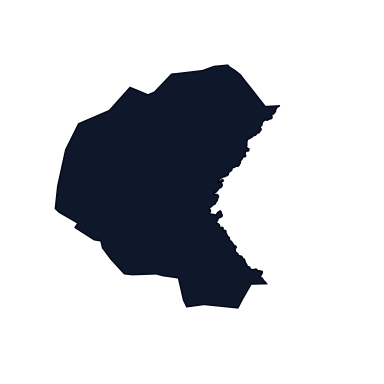 Saixan, Bulgan, Mongolia, rotated 325°
{"feature_id": "93677404B96562605257028", "entity_name": "Saixan", "entity_type": "district", "adm_level": 2, "iso_a3": "MNG", "parent_name": "Mongolia", "parent_adm1": "Bulgan", "projection": "robinson", "projection_center": [102.704, 48.597], "detail": "fine", "context": "isolated", "style": "filled", "palette": "ink", "viewbox_px": 384, "rotation_deg": 325, "n_neighbors": 0, "source": "geoboundaries", "source_scale": "gbopen_adm2", "svg_char_len": 6016}
<svg xmlns="http://www.w3.org/2000/svg" viewBox="0 0 384 384"><g transform="rotate(325 192 192)"><path d="M70.6,127.2L71.6,132.4L80.8,152.1L75.9,154.0L84.5,175.0L89.4,179.8L86.7,186.5L87.1,200.3L89.7,220.1L90.9,221.2L95.6,225.4L115.9,238.6L120.1,243.7L131.7,254.6L123.1,275.6L121.9,283.0L137.4,291.0L163.1,313.2L171.8,308.7L187.6,301.3L200.4,309.8L200.3,307.5L200.1,306.4L199.6,305.6L199.6,305.4L200.0,304.6L200.0,304.1L199.8,303.5L200.0,303.0L199.9,302.8L199.5,301.6L199.4,301.1L199.5,300.7L199.6,300.4L199.9,300.2L200.3,299.9L201.8,299.3L203.4,298.3L203.8,297.8L203.9,297.4L203.7,297.0L202.9,296.4L202.4,295.5L202.1,295.3L200.7,294.3L200.6,294.1L200.6,293.8L200.6,292.7L200.5,292.3L200.4,292.1L199.9,291.6L199.5,291.5L197.9,290.9L197.1,290.4L196.6,290.1L196.1,289.3L195.5,288.0L196.1,287.0L196.1,286.6L195.8,286.1L194.7,284.8L194.6,284.6L194.6,284.1L194.9,283.4L195.2,283.0L195.1,280.9L195.4,280.5L195.5,279.6L195.9,278.9L195.9,278.7L195.6,277.8L195.7,277.6L196.2,277.3L196.3,277.1L196.3,276.9L196.2,276.8L196.0,276.6L195.6,276.5L195.3,276.3L195.3,276.2L195.4,275.6L195.6,275.3L195.6,274.8L195.8,274.3L195.6,273.1L195.5,272.8L195.0,272.5L194.7,271.8L193.9,271.1L193.5,270.6L193.5,270.3L194.0,269.4L194.1,269.2L194.1,268.9L193.8,268.3L193.8,267.4L193.4,267.0L193.4,266.0L193.7,265.1L194.3,264.0L194.7,263.5L195.2,263.1L196.4,262.8L196.6,262.7L196.7,262.2L196.6,261.5L196.7,261.3L196.7,261.2L196.3,261.0L195.7,261.3L195.7,261.2L195.9,260.8L195.8,258.3L195.8,257.1L195.9,256.6L195.8,255.1L195.7,254.7L195.3,253.8L195.2,253.5L195.3,253.2L195.4,252.7L195.7,252.1L195.9,251.6L196.0,251.3L196.2,251.1L196.4,250.7L196.3,250.2L196.2,249.9L195.4,249.3L195.3,248.9L195.4,248.7L195.6,248.6L195.8,248.3L196.0,247.5L196.0,247.2L196.2,246.4L196.2,246.1L196.2,245.2L196.1,244.7L196.2,244.3L196.3,244.1L196.5,244.0L196.7,243.9L196.8,244.0L196.8,244.3L197.0,244.3L197.1,243.6L197.3,243.1L197.3,242.8L197.3,242.5L197.2,242.4L196.8,242.2L195.8,242.1L195.6,242.0L195.5,241.7L195.5,241.3L195.6,241.1L196.1,240.3L196.5,239.8L196.8,239.5L196.8,239.1L196.6,238.4L196.4,238.2L196.0,238.1L194.6,238.0L194.4,237.9L194.4,237.7L194.4,237.1L194.9,236.4L195.1,235.9L195.5,234.4L195.4,234.1L195.3,233.7L195.3,233.2L195.2,233.0L194.7,232.5L194.6,232.3L194.6,231.9L194.6,231.5L194.9,230.7L195.2,230.4L196.8,229.8L197.6,229.2L198.2,228.8L198.9,228.7L199.5,228.7L200.6,228.9L201.8,229.3L202.3,229.2L202.6,229.1L202.9,228.9L203.6,228.1L203.7,227.8L203.6,226.5L203.7,226.3L204.1,225.8L204.2,225.4L204.4,224.7L204.5,224.3L204.4,224.0L204.2,223.7L203.7,223.5L202.6,223.6L201.5,223.6L201.0,223.6L200.3,224.0L199.0,224.5L198.8,224.6L198.4,224.6L198.1,224.4L197.7,224.1L197.5,223.9L197.4,223.4L195.6,221.7L194.6,221.1L194.3,220.9L194.2,220.4L194.3,219.7L194.7,219.2L195.6,218.7L196.2,218.2L196.5,217.7L196.7,217.1L196.7,216.8L196.5,216.0L196.7,215.5L196.9,215.3L197.1,215.1L197.4,215.0L197.9,214.9L198.2,214.9L199.3,215.1L199.7,215.1L200.7,214.7L201.5,214.6L202.4,214.7L202.9,215.0L203.7,215.0L204.2,214.9L205.3,214.3L207.5,213.5L207.9,213.3L209.4,212.0L211.1,210.9L211.4,210.3L211.4,209.3L211.2,208.7L211.0,208.4L209.7,207.7L209.2,207.1L209.0,206.9L208.7,206.9L208.6,206.7L208.5,206.4L208.6,206.1L208.7,205.8L209.0,205.4L209.5,205.1L210.0,205.1L211.3,205.3L211.1,205.5L210.1,205.7L210.4,205.8L211.3,205.8L212.3,205.7L213.3,205.4L214.6,205.0L215.3,204.7L215.8,204.5L216.7,204.5L217.1,204.6L217.4,204.7L218.9,204.8L219.2,204.5L220.2,204.2L220.5,204.0L220.9,203.5L221.0,203.0L221.1,202.6L221.1,201.7L221.2,201.4L221.6,201.0L222.1,200.8L222.6,200.7L223.9,200.9L224.1,200.8L224.2,200.5L224.3,200.2L224.2,200.0L223.8,199.4L223.5,199.2L223.2,199.2L222.4,199.2L221.7,199.4L221.0,199.5L220.4,199.2L219.1,199.2L218.9,199.1L218.9,198.9L218.9,198.7L219.1,198.5L222.4,197.1L223.3,197.1L224.1,197.3L224.7,197.5L225.0,197.5L225.5,197.5L225.8,197.3L226.8,197.7L227.5,198.2L228.4,198.1L229.6,198.6L230.5,198.7L231.1,198.6L231.7,198.5L232.1,198.2L233.1,197.2L233.9,196.9L235.2,197.0L236.1,197.0L236.8,196.9L237.5,196.5L238.0,196.1L238.3,195.6L238.5,195.4L238.9,195.1L239.1,195.0L239.7,195.6L240.1,195.8L240.5,196.0L241.0,196.1L241.6,196.0L242.5,196.1L243.0,196.2L243.9,197.0L244.1,197.2L245.4,197.2L246.0,197.0L246.6,196.6L248.0,196.0L248.5,195.7L248.8,195.4L249.0,194.6L249.5,194.1L249.8,194.0L250.2,194.0L250.5,194.1L250.8,194.1L251.3,193.8L252.0,193.6L252.8,193.2L253.2,192.8L253.5,192.7L254.0,192.6L254.3,192.7L255.7,193.5L256.4,193.5L256.7,193.3L256.8,192.6L257.1,191.9L257.2,191.1L257.4,191.0L258.4,190.4L258.6,190.1L259.0,189.7L259.7,189.2L259.9,189.2L260.3,189.6L260.3,189.8L260.6,190.1L261.5,190.6L262.2,190.6L262.5,190.4L263.3,189.3L263.3,189.1L262.7,188.5L262.6,188.3L262.6,187.7L262.4,187.4L262.5,186.8L262.3,186.2L262.4,185.8L262.6,185.6L262.8,185.5L263.5,185.4L263.7,185.2L264.2,184.5L264.3,184.0L264.7,183.6L265.2,183.2L265.5,182.7L265.9,182.0L267.1,181.2L267.5,181.0L268.2,180.8L268.6,180.8L270.0,181.3L271.6,181.2L272.3,181.3L273.0,181.4L273.7,181.2L274.5,181.1L275.4,181.4L276.2,181.7L276.8,181.8L278.6,181.3L279.5,181.2L279.7,181.3L280.3,181.7L280.9,181.8L281.4,181.7L282.3,181.1L282.6,181.0L283.5,181.0L283.9,180.9L284.5,180.3L284.8,179.8L284.8,179.6L284.5,179.0L284.6,178.8L284.9,178.2L285.1,177.9L285.6,177.7L287.0,177.4L287.5,177.2L287.9,177.1L288.7,176.1L289.1,175.3L289.4,175.1L290.1,175.1L290.6,175.1L292.0,174.8L293.1,174.8L293.3,174.9L294.5,176.1L294.7,176.3L295.2,176.4L295.5,176.4L296.8,176.5L298.9,177.3L299.7,177.3L300.0,177.1L300.7,176.3L300.9,175.8L301.0,175.1L301.1,174.8L301.7,174.5L302.5,174.5L303.2,174.7L303.6,174.7L304.9,174.5L306.4,173.9L307.0,173.4L307.5,172.8L308.2,172.3L309.8,171.6L310.4,171.5L311.4,171.5L311.8,171.5L313.4,171.8L301.0,164.1L300.4,154.3L300.1,147.8L299.7,140.3L299.3,134.8L299.1,130.4L298.8,123.7L296.6,116.4L294.6,111.9L294.6,111.3L294.1,110.5L294.1,110.3L294.2,109.8L294.2,109.1L293.8,108.4L293.5,108.3L282.0,101.8L270.3,98.7L248.0,86.7L242.9,83.8L218.6,88.7L211.6,87.2L201.2,70.8L171.0,77.9L138.3,71.1L112.9,84.9L85.3,110.3L79.3,117.2L70.6,127.2Z" fill="#0f172a" stroke="#020617" stroke-width="1.5"/></g></svg>